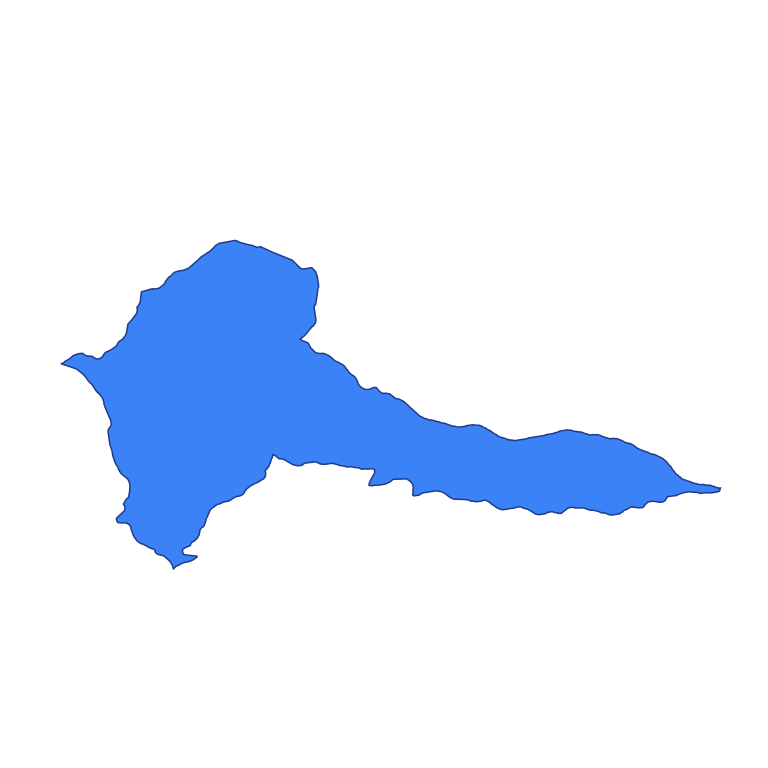 Sarchi, Alajuela, Costa Rica (Robinson projection), rotated 261°
{"feature_id": "36466004B48608079710211", "entity_name": "Sarchi", "entity_type": "district", "adm_level": 2, "iso_a3": "CRI", "parent_name": "Costa Rica", "parent_adm1": "Alajuela", "projection": "robinson", "projection_center": [-84.309, 10.161], "detail": "fine", "context": "isolated", "style": "filled", "palette": "blue", "viewbox_px": 768, "rotation_deg": 261, "n_neighbors": 0, "source": "geoboundaries", "source_scale": "gbopen_adm2", "svg_char_len": 6139}
<svg xmlns="http://www.w3.org/2000/svg" viewBox="0 0 768 768"><g transform="rotate(261 384 384)"><path d="M513.0,158.8L503.3,156.1L500.1,154.0L498.6,152.1L495.0,151.8L492.4,150.6L486.9,145.1L483.1,140.4L475.0,137.7L472.8,136.5L469.1,132.8L467.4,128.9L463.1,125.1L460.4,119.7L458.8,114.2L458.0,112.8L454.9,110.1L453.6,107.5L453.6,103.8L457.1,99.8L458.4,94.1L461.3,91.3L461.7,88.8L461.7,86.5L460.7,81.4L458.3,77.8L456.1,72.2L454.7,70.5L454.7,68.0L446.9,82.8L440.4,88.6L436.5,91.0L433.2,92.4L428.9,95.7L422.0,98.7L420.1,100.0L420.1,100.4L414.3,103.7L410.9,104.4L407.4,104.4L404.7,104.9L394.2,107.4L391.3,108.4L386.2,108.4L382.2,104.6L380.5,104.0L367.1,103.8L360.8,104.9L356.0,104.9L349.9,105.8L346.8,106.6L343.5,108.2L340.4,108.6L336.5,110.5L330.2,116.0L327.0,117.1L323.0,117.1L317.0,115.7L312.1,114.0L310.3,111.1L306.3,108.0L305.5,108.0L303.8,108.9L302.2,108.8L299.6,108.0L293.8,99.5L292.7,98.5L290.4,98.7L289.0,99.4L288.4,100.4L287.2,106.9L286.3,108.8L285.3,110.0L282.9,111.5L280.5,111.5L274.1,112.7L271.6,113.5L267.4,115.8L264.7,118.5L263.1,121.5L258.3,127.8L256.8,130.8L255.5,131.7L253.5,131.8L251.3,133.7L248.9,139.1L247.7,140.6L242.2,144.9L238.1,146.6L234.4,147.1L236.5,150.2L237.2,153.1L238.4,155.9L239.0,160.1L239.0,163.6L240.2,168.0L242.2,172.2L243.2,172.4L246.6,160.0L248.6,158.9L251.4,158.9L252.7,160.2L253.9,163.6L254.5,166.9L255.7,168.0L257.2,168.6L258.9,172.6L260.5,174.9L262.1,176.4L263.8,177.7L267.8,179.3L268.6,179.3L270.4,181.1L271.4,183.4L272.1,184.1L276.8,186.7L278.9,187.3L280.6,188.9L283.3,190.2L283.3,190.7L285.0,191.3L287.6,193.5L291.0,200.1L291.5,204.1L292.4,206.3L292.8,212.7L295.6,219.1L296.0,221.2L296.0,224.3L296.6,226.3L297.4,228.0L300.2,230.2L301.9,232.1L304.3,236.4L306.1,241.5L306.5,243.6L309.3,250.4L311.2,252.4L314.1,253.1L317.3,253.2L318.4,254.9L320.2,256.9L320.6,256.9L320.6,257.3L323.3,258.8L324.1,259.6L326.5,260.5L329.0,262.2L331.7,263.3L330.0,265.7L326.5,268.8L325.8,272.0L325.0,273.5L318.8,281.1L316.7,285.9L316.6,290.3L318.0,292.8L318.2,294.0L317.8,304.5L314.9,308.7L313.9,313.0L313.8,320.5L312.8,322.4L312.8,323.2L310.5,327.5L309.0,332.0L307.9,334.0L307.5,338.3L307.0,339.9L306.0,342.1L305.5,344.7L304.7,346.7L303.9,347.6L303.2,349.6L303.1,352.6L302.7,353.3L302.3,356.3L302.3,359.4L300.4,361.4L297.7,360.9L290.9,355.5L287.7,353.6L286.3,353.4L285.4,355.6L285.4,360.5L285.0,362.1L284.9,369.2L286.3,374.5L288.4,378.0L286.8,391.5L283.3,395.1L280.2,396.7L276.5,396.7L274.8,396.0L271.2,395.6L270.3,395.0L269.7,395.1L268.8,396.1L268.8,401.6L269.8,403.3L270.4,405.9L270.3,419.0L268.5,424.3L266.0,427.4L262.8,430.3L260.6,432.9L259.3,435.2L257.0,447.0L256.4,448.8L254.6,451.8L254.5,453.1L253.3,456.5L253.0,461.9L253.3,462.5L253.6,465.8L250.8,469.7L249.0,471.0L243.4,477.0L242.2,479.3L241.2,481.6L241.2,494.8L241.5,495.4L241.5,499.5L239.4,502.6L238.0,506.0L235.6,509.2L232.1,512.9L230.7,516.5L230.7,523.5L231.6,525.7L231.6,529.8L231.2,531.1L230.4,532.0L230.3,533.3L229.0,535.7L228.5,538.8L232.7,546.3L232.8,551.1L231.6,553.4L230.4,561.7L227.0,568.0L226.9,570.0L226.2,571.5L226.0,572.7L223.8,577.2L222.9,578.1L221.7,582.8L219.6,585.9L218.9,588.9L218.9,596.5L220.1,598.6L220.1,599.3L221.6,601.4L222.0,602.3L222.0,603.8L223.9,608.2L222.7,613.7L221.9,615.6L221.5,619.9L221.9,621.1L224.3,623.4L226.1,626.3L226.3,631.1L224.1,637.6L223.9,641.1L224.9,643.4L228.4,646.4L228.1,655.4L229.0,658.0L229.8,663.2L229.8,669.0L229.1,670.8L227.9,676.6L226.5,678.9L226.3,685.1L225.9,685.8L225.7,688.4L225.3,689.1L225.3,696.3L225.7,698.6L228.6,700.0L228.6,698.7L229.4,697.5L229.5,696.5L230.3,695.0L231.4,693.7L231.5,692.6L232.0,691.8L232.9,690.7L233.6,687.0L234.9,683.2L234.9,681.1L235.8,679.2L236.1,677.3L236.9,676.7L237.4,674.6L240.2,670.0L240.7,668.4L241.3,667.8L243.5,663.6L245.8,661.9L246.9,660.6L247.8,660.2L248.9,658.6L249.7,658.4L251.0,657.3L251.9,657.2L255.1,655.1L256.1,655.1L258.3,653.9L259.0,653.1L263.1,650.8L266.9,647.5L272.2,640.0L272.2,638.9L272.8,638.1L273.5,636.2L274.6,634.5L275.5,634.0L275.6,633.0L279.4,626.4L280.9,624.2L285.1,620.1L285.9,618.6L286.7,618.2L286.8,617.2L288.8,612.6L290.2,611.1L292.7,607.2L293.9,604.7L294.0,602.7L294.5,601.8L294.5,598.5L298.3,590.8L299.1,590.2L300.6,586.9L300.8,583.8L301.3,583.2L301.3,580.0L301.8,579.1L301.8,578.1L302.8,576.9L303.5,575.0L305.6,571.6L305.7,570.5L306.1,569.9L306.1,568.9L306.6,568.3L306.6,567.2L307.1,566.7L307.6,564.0L309.1,561.7L309.1,560.6L310.0,557.8L310.0,550.2L309.1,547.3L309.1,545.1L308.6,543.5L308.6,535.9L308.1,535.4L308.1,518.0L307.6,516.4L307.6,504.4L308.6,501.6L308.6,500.5L309.1,500.0L309.1,498.9L309.9,497.7L310.0,496.7L311.3,495.2L313.3,490.5L315.9,487.3L316.7,486.9L316.8,485.9L318.5,484.4L319.4,483.1L320.2,482.9L323.6,478.2L324.5,477.7L325.4,475.8L327.2,473.8L328.4,471.4L329.4,466.3L329.9,465.8L329.9,458.2L329.4,457.3L329.9,449.9L330.9,448.1L331.7,445.2L332.3,444.5L332.4,443.4L333.8,441.4L334.3,439.8L335.0,439.2L336.2,436.5L336.2,435.4L338.2,431.9L338.9,429.9L340.3,427.1L341.1,425.2L341.6,422.3L343.0,420.6L343.5,418.6L344.2,418.0L346.9,414.1L363.5,400.9L366.7,396.6L367.9,393.2L373.4,388.0L374.6,384.3L375.0,381.1L377.2,378.5L381.0,376.3L381.9,375.4L382.1,372.7L381.1,368.9L381.2,366.8L381.5,364.8L382.4,363.3L384.3,360.9L386.1,359.6L388.2,358.6L392.3,357.8L395.9,356.1L399.0,352.8L400.8,351.4L404.1,349.8L405.1,349.0L407.3,348.1L409.3,346.4L410.9,344.6L411.3,343.5L412.7,342.3L414.2,339.6L420.0,334.7L423.0,330.4L424.0,327.9L424.0,325.8L425.5,321.5L431.2,317.2L435.7,315.8L437.3,314.4L437.3,313.7L438.4,312.4L439.2,310.5L441.4,308.2L444.4,313.4L451.6,321.6L452.4,323.3L454.6,325.4L456.5,326.5L458.9,326.9L470.7,326.9L471.7,327.6L472.4,327.6L472.9,328.6L475.4,329.7L489.1,333.9L490.1,334.6L493.1,334.9L500.5,334.9L505.9,333.9L509.9,331.1L510.2,330.1L510.2,322.4L511.4,319.5L512.1,318.6L512.7,318.6L520.6,312.8L532.3,293.3L539.2,283.2L538.6,281.5L538.9,280.0L541.6,275.2L543.0,271.3L546.3,264.0L548.3,261.2L549.1,259.3L548.7,243.1L546.9,238.9L545.0,236.8L542.5,233.1L537.9,222.9L535.2,219.2L528.9,209.0L527.7,203.8L527.7,198.1L527.1,194.7L525.5,192.1L524.2,190.7L523.3,188.4L522.3,187.2L520.2,184.8L517.2,182.7L513.9,177.1L513.6,172.7L514.2,170.9L514.2,168.7L513.0,158.8Z" fill="#3b82f6" stroke="#1e3a8a" stroke-width="1.5"/></g></svg>